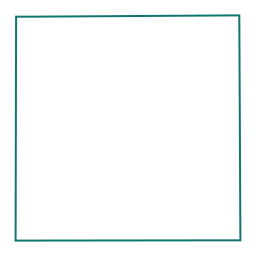 Loup, Nebraska, United States of America
{"feature_id": "52423323B93149013666226", "entity_name": "Loup", "entity_type": "district", "adm_level": 2, "iso_a3": "USA", "parent_name": "United States of America", "parent_adm1": "Nebraska", "projection": "albers", "projection_center": [-99.486, 41.914], "detail": "fine", "context": "isolated", "style": "outline", "palette": "teal", "viewbox_px": 256, "rotation_deg": 0, "n_neighbors": 0, "source": "geoboundaries", "source_scale": "gbopen_adm2", "svg_char_len": 203}
<svg xmlns="http://www.w3.org/2000/svg" viewBox="0 0 256 256"><path d="M15.6,240.6L240.4,240.3L239.3,15.4L233.5,15.4L27.9,16.7L16.1,16.7L15.6,240.6Z" fill="none" stroke="#0f766e" stroke-width="2"/></svg>